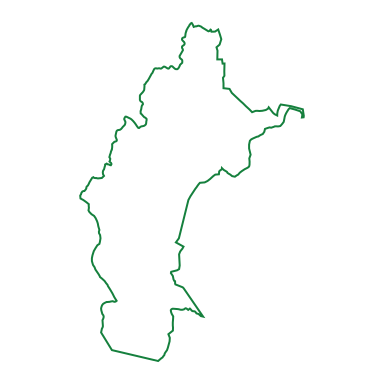 outline of Ixtepec, Puebla, Mexico
{"feature_id": "50627088B58089687429718", "entity_name": "Ixtepec", "entity_type": "district", "adm_level": 2, "iso_a3": "MEX", "parent_name": "Mexico", "parent_adm1": "Puebla", "projection": "robinson", "projection_center": [-97.64, 20.04], "detail": "fine", "context": "isolated", "style": "outline", "palette": "green", "viewbox_px": 384, "rotation_deg": 0, "n_neighbors": 0, "source": "geoboundaries", "source_scale": "gbopen_adm2", "svg_char_len": 5917}
<svg xmlns="http://www.w3.org/2000/svg" viewBox="0 0 384 384"><path d="M301.9,117.5L303.6,117.3L303.8,115.9L302.8,109.3L291.2,106.2L280.8,104.5L279.7,106.0L277.8,110.6L277.3,113.2L277.2,115.5L274.6,114.2L273.0,112.8L268.7,107.3L268.0,108.7L265.8,110.0L262.2,110.8L259.4,111.0L257.0,110.8L255.5,110.9L252.1,112.2L249.3,109.3L245.9,106.2L243.0,103.3L240.5,101.1L231.8,92.9L229.5,88.9L223.5,88.2L223.5,83.2L223.0,77.8L224.4,75.8L224.3,71.3L224.5,63.5L222.6,63.6L222.0,59.4L217.3,59.4L217.5,50.7L216.5,47.3L219.6,44.6L221.3,39.2L219.9,34.5L218.2,29.5L215.0,31.6L211.5,31.7L210.9,29.8L210.5,29.6L209.5,31.0L208.4,31.3L204.2,28.7L202.3,27.6L201.3,26.7L200.1,26.2L199.0,25.8L198.3,25.7L196.5,26.3L195.6,26.3L193.7,26.9L193.1,25.4L192.7,24.5L191.7,23.0L190.8,23.4L189.5,25.0L189.5,25.3L188.0,27.5L186.9,29.5L186.3,30.8L186.3,31.3L186.1,31.6L185.6,33.3L185.2,36.5L185.0,37.0L184.7,37.2L183.4,37.5L182.9,37.8L182.3,38.2L182.1,38.7L182.0,39.2L182.1,39.8L182.4,40.3L183.5,41.5L184.0,41.9L184.4,42.6L184.6,43.2L184.6,43.9L184.3,44.6L183.7,45.2L182.8,45.8L182.2,46.3L182.0,46.9L182.0,47.4L182.1,48.0L182.3,48.4L182.8,49.3L182.9,50.3L179.6,56.0L179.6,57.0L179.9,57.8L180.6,58.7L181.4,59.2L182.1,60.0L182.3,60.8L182.3,61.7L182.2,62.8L181.1,63.8L180.1,64.8L179.5,66.3L179.0,67.3L178.5,68.1L177.5,69.1L176.9,69.2L175.7,69.1L175.0,68.8L173.5,67.5L172.4,66.4L171.6,66.2L170.9,66.2L170.4,66.5L169.2,68.1L168.8,68.5L168.3,68.6L167.5,68.4L165.8,67.3L164.7,66.7L164.0,66.7L163.6,66.7L161.6,68.3L161.3,68.5L160.5,68.6L159.5,68.3L158.7,68.3L157.6,68.5L156.8,68.5L156.2,68.3L155.6,68.3L155.1,68.4L154.5,68.8L154.1,69.2L153.1,71.3L152.5,72.8L151.6,73.8L148.6,79.3L147.3,81.3L146.5,82.0L146.0,82.8L145.2,84.1L144.4,84.6L144.5,86.1L144.2,89.8L144.0,90.4L142.7,92.3L141.9,93.1L140.8,94.3L140.3,94.8L139.9,95.7L139.9,97.1L139.9,99.9L140.2,100.6L140.6,101.2L141.4,101.8L142.1,102.1L142.7,103.0L142.9,103.7L142.9,104.4L142.0,105.4L141.6,106.7L141.2,109.3L140.6,111.1L140.7,113.5L141.5,114.1L143.4,116.3L144.4,117.3L145.2,117.6L145.9,118.2L146.6,119.0L146.6,120.2L146.3,121.5L146.2,122.9L146.0,124.0L145.5,124.8L144.6,125.5L143.9,125.9L142.6,126.2L141.3,126.4L140.4,126.9L139.1,128.0L138.3,127.9L137.7,127.2L136.6,125.7L136.0,124.7L134.7,122.9L133.3,121.2L131.6,119.5L130.5,118.7L126.8,116.9L125.9,116.6L125.4,116.7L124.9,117.4L124.4,118.3L124.2,119.1L124.6,120.1L124.8,120.7L125.2,121.2L125.4,122.0L125.4,122.7L125.2,123.7L124.9,124.7L124.2,125.5L122.8,126.9L121.9,128.1L121.1,129.0L119.9,129.8L118.0,130.1L117.4,130.3L117.1,130.6L116.7,131.0L116.4,131.6L115.7,134.8L115.5,135.9L115.6,136.6L115.8,137.3L116.8,139.8L116.8,140.4L116.6,140.9L115.9,141.4L114.4,141.8L113.8,142.4L112.2,144.0L112.1,144.6L112.2,145.0L112.2,146.8L112.1,148.0L111.9,149.0L111.9,149.6L111.7,149.7L110.8,152.1L110.8,152.7L109.9,155.0L109.8,155.8L109.5,156.5L109.4,157.3L110.2,158.5L110.2,159.2L110.0,160.4L109.5,161.5L110.3,162.3L111.0,162.9L111.4,163.7L111.4,164.3L111.1,164.8L110.9,165.2L110.3,165.2L108.6,164.4L107.9,164.4L107.2,164.0L106.7,163.6L105.1,164.5L105.2,165.5L104.8,166.4L104.2,168.7L104.0,169.4L103.2,170.5L102.9,171.6L102.8,172.5L103.0,174.0L103.2,174.6L103.6,175.2L104.0,175.9L101.8,178.0L98.1,178.4L97.1,178.3L96.2,178.0L95.7,178.1L94.2,177.9L93.8,177.7L93.4,177.2L93.1,177.3L92.9,177.5L92.2,177.8L89.5,182.2L88.6,184.2L87.9,185.5L86.8,186.5L86.4,187.2L86.3,188.4L85.7,189.5L84.4,191.0L83.7,191.0L82.4,191.5L81.3,193.1L81.0,194.4L80.6,194.9L80.2,195.7L80.5,198.5L83.3,200.0L86.5,202.3L88.8,204.2L88.7,205.9L88.9,207.4L88.8,208.6L88.5,210.4L89.3,211.9L91.5,214.2L94.1,215.9L95.6,218.1L97.1,221.3L97.8,223.5L98.3,226.2L99.4,230.0L98.9,231.6L99.0,233.1L100.1,235.1L100.5,238.3L99.9,241.9L99.4,243.9L97.4,245.2L95.6,248.0L93.8,251.1L92.5,255.2L91.9,258.2L91.9,261.1L93.0,264.9L94.6,267.3L95.4,269.5L98.6,274.2L99.7,276.1L100.0,277.0L102.0,278.6L104.6,281.0L106.2,283.3L107.5,284.8L107.9,286.0L109.9,289.1L112.5,293.5L114.4,297.3L116.6,300.8L115.6,301.6L114.3,301.8L112.7,301.2L110.8,301.5L109.8,301.8L107.5,302.0L106.6,302.0L104.7,302.9L103.1,303.9L102.0,305.4L101.3,307.5L101.1,308.6L101.3,310.3L102.3,313.9L103.4,315.4L103.7,316.9L103.3,318.5L102.5,320.2L102.9,326.2L102.6,327.4L101.9,328.7L101.1,332.5L111.9,350.1L158.1,361.0L161.5,358.1L162.5,357.5L163.1,356.5L164.3,355.1L164.7,353.5L165.8,351.8L167.0,350.2L167.9,347.6L169.6,341.3L169.8,337.8L168.4,334.2L172.9,330.6L173.0,327.6L172.8,325.5L172.8,322.4L173.1,318.8L173.2,316.4L171.7,313.8L171.0,311.8L170.8,310.2L171.3,309.4L171.9,309.0L172.8,308.7L177.8,309.1L179.0,309.3L180.4,309.7L182.1,309.8L183.9,309.4L184.8,308.7L185.5,308.3L186.4,308.5L187.1,309.0L188.2,309.9L189.9,308.6L191.0,309.7L191.9,310.8L192.9,311.2L194.4,311.3L195.1,311.6L195.3,311.8L196.5,313.4L198.6,314.0L200.9,316.1L203.1,316.6L183.6,288.2L182.7,287.3L175.4,284.4L175.1,283.5L175.1,281.5L174.8,280.9L174.2,280.8L174.0,280.4L173.5,279.3L173.2,277.7L172.8,275.9L170.9,273.1L171.2,271.8L177.1,270.3L179.1,269.1L179.7,265.5L179.1,254.3L180.1,251.7L180.9,250.5L182.4,248.7L183.5,246.6L175.9,242.4L178.9,238.3L188.4,200.0L190.4,196.3L195.4,188.7L196.5,187.3L197.5,185.8L198.6,184.3L199.9,182.8L204.7,182.4L207.5,181.0L210.2,178.9L211.7,177.5L213.6,175.8L215.3,174.6L218.9,174.3L219.2,171.4L220.0,170.5L221.8,169.3L221.9,168.1L223.7,169.9L226.9,171.8L227.5,172.9L228.7,173.7L230.3,174.6L232.1,176.1L234.9,176.7L236.7,175.4L238.2,174.6L239.0,173.6L239.9,172.6L241.7,171.2L243.2,170.2L244.7,169.2L247.7,167.7L249.1,166.5L249.5,164.9L249.6,161.7L249.3,158.4L250.6,154.7L249.1,148.5L249.1,144.6L249.4,143.1L249.9,140.8L251.2,139.4L252.7,138.6L256.7,136.8L258.5,136.4L259.5,135.6L261.6,134.5L262.7,134.1L264.3,131.8L265.0,128.9L267.9,127.9L269.6,127.4L271.2,127.7L273.6,126.9L275.0,126.3L278.1,126.4L279.0,126.3L280.3,126.0L280.9,125.4L282.2,123.9L283.7,121.9L284.3,119.0L284.7,116.8L285.1,115.5L286.0,113.5L286.9,111.9L288.6,109.2L289.7,108.1L294.9,109.5L300.3,111.3L302.4,114.5L301.9,117.5Z" fill="none" stroke="#15803d" stroke-width="2"/></svg>